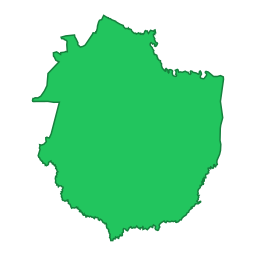 outline of Pathum Rat, Roi Et, Thailand
{"feature_id": "78962969B53925020566398", "entity_name": "Pathum Rat", "entity_type": "district", "adm_level": 2, "iso_a3": "THA", "parent_name": "Thailand", "parent_adm1": "Roi Et", "projection": "equal_earth", "projection_center": [103.363, 15.626], "detail": "fine", "context": "isolated", "style": "filled", "palette": "green", "viewbox_px": 256, "rotation_deg": 0, "n_neighbors": 0, "source": "geoboundaries", "source_scale": "gbopen_adm2", "svg_char_len": 5752}
<svg xmlns="http://www.w3.org/2000/svg" viewBox="0 0 256 256"><path d="M155.6,32.9L155.0,29.9L154.1,30.3L153.7,31.3L150.5,30.3L148.5,33.4L147.6,32.1L147.4,31.0L146.0,31.0L145.7,30.6L144.9,31.1L144.1,33.4L143.1,34.3L142.8,33.7L141.1,34.3L140.9,33.6L140.4,33.9L140.3,33.3L139.0,33.5L138.6,32.9L136.3,34.0L136.1,33.5L135.2,33.1L134.3,33.4L133.8,33.0L131.9,31.3L131.2,29.6L130.3,29.2L129.9,29.4L129.5,28.9L128.8,29.0L128.4,28.1L128.0,28.8L127.2,28.4L125.4,28.6L123.4,26.5L123.3,25.5L120.0,24.2L116.2,22.0L115.7,21.3L111.8,19.8L110.3,18.7L108.7,18.4L108.2,18.1L108.2,17.7L106.9,17.4L103.7,15.4L101.7,19.6L99.5,20.3L98.6,22.1L97.5,26.0L97.3,28.4L96.4,31.4L95.8,31.6L95.8,33.0L93.1,32.8L92.4,34.4L85.2,45.1L83.2,46.3L80.4,47.1L78.0,44.9L77.7,44.4L77.9,42.8L75.8,38.4L74.9,37.1L74.5,35.0L65.8,35.9L61.1,37.2L61.6,38.6L63.9,38.8L64.2,39.5L66.2,40.3L67.1,41.3L66.8,44.7L67.3,51.7L65.8,51.5L64.4,52.2L60.8,52.6L60.6,54.4L56.6,51.9L53.4,52.8L53.5,56.1L54.4,57.2L55.8,60.2L59.0,61.9L48.0,73.5L47.0,85.6L44.4,91.0L40.8,96.2L37.9,97.9L35.1,97.8L33.7,98.6L33.0,98.5L32.5,100.2L32.7,101.3L33.2,101.5L48.0,101.4L53.8,102.3L59.4,102.2L51.2,133.8L49.4,137.8L48.1,137.8L46.9,137.2L45.8,137.7L45.9,140.1L46.3,141.6L43.9,144.2L41.5,145.1L39.7,144.7L40.0,145.9L39.4,148.1L40.1,149.3L38.2,155.6L38.9,157.4L39.5,157.6L40.4,159.9L41.2,160.3L41.6,161.1L42.1,161.1L42.8,162.2L42.8,163.1L44.3,163.4L45.2,164.2L45.3,165.3L45.8,165.1L46.3,165.7L47.8,165.0L48.5,164.1L48.5,162.8L48.8,162.2L50.9,161.0L51.2,162.3L52.2,162.9L52.4,163.6L53.0,163.2L53.4,164.4L54.1,164.7L54.4,165.5L55.1,165.0L55.3,166.0L56.0,166.6L55.7,168.5L56.4,168.7L57.2,171.1L57.9,171.8L56.8,172.5L56.5,173.2L57.1,174.2L56.2,175.7L56.5,176.7L55.6,176.7L55.3,178.7L55.7,180.3L55.5,182.7L56.8,183.9L56.7,185.0L58.0,185.0L58.4,186.7L59.2,185.8L61.2,185.8L62.1,186.9L63.1,187.2L63.0,188.2L62.1,189.7L62.5,190.5L62.4,191.5L61.3,191.8L61.9,192.8L60.8,193.5L61.8,195.9L61.4,196.7L62.3,198.2L62.2,199.3L62.5,200.0L63.0,200.4L63.7,200.3L65.0,201.2L66.1,200.5L66.9,200.9L67.3,200.0L67.9,200.0L68.0,201.2L68.5,202.0L68.4,203.4L70.1,204.3L71.2,207.4L71.7,208.2L72.5,207.7L74.8,208.0L76.5,207.0L77.1,208.1L77.7,207.6L77.9,208.8L79.7,209.8L79.5,211.5L80.1,211.7L80.3,210.8L80.7,210.7L81.0,211.9L82.2,212.5L82.2,213.3L83.2,214.9L84.0,214.0L84.1,215.2L85.5,215.2L86.0,217.0L86.9,216.7L87.2,215.8L88.8,216.4L89.4,216.9L90.3,216.3L91.3,216.6L91.8,217.2L93.0,217.2L94.3,218.5L95.1,216.9L95.9,217.6L97.3,217.5L98.1,218.0L98.4,219.7L99.6,220.3L99.9,219.3L100.5,219.2L101.7,220.1L103.0,222.4L103.9,222.9L104.7,222.9L105.1,223.9L106.2,223.5L106.6,224.7L106.4,225.9L106.8,227.9L108.6,229.5L108.6,231.3L109.1,232.0L109.2,233.0L110.1,234.3L109.8,235.3L110.1,236.1L109.6,237.6L110.4,238.3L110.8,240.6L112.8,240.6L113.3,238.8L113.7,238.5L115.0,239.0L115.6,237.0L116.6,237.7L117.7,237.1L118.2,238.3L118.6,238.4L119.0,236.8L119.9,236.1L120.2,235.0L121.7,235.8L122.2,235.6L122.4,235.1L122.2,233.0L123.4,232.0L123.2,229.3L123.6,228.6L125.7,229.2L126.2,230.3L127.6,230.8L129.4,227.6L130.3,227.3L130.8,226.7L131.2,226.9L131.5,228.0L132.7,228.1L133.9,227.3L134.7,227.9L135.6,227.6L136.7,226.1L137.9,227.5L140.1,229.0L140.3,227.7L141.9,227.9L142.8,226.7L143.1,227.3L143.0,229.4L145.4,228.4L147.3,229.7L150.3,226.6L151.2,226.5L152.3,227.5L152.7,227.5L153.1,225.3L153.5,224.9L155.6,226.4L155.1,228.4L155.7,229.6L157.8,230.4L158.5,229.9L159.1,228.0L159.8,227.0L159.1,225.4L159.4,224.5L161.4,222.5L164.1,221.0L165.0,222.2L166.0,222.6L167.1,221.1L169.3,221.8L170.7,221.7L171.8,221.1L173.3,221.6L175.6,221.0L175.8,222.2L176.4,222.4L178.4,221.7L180.1,219.8L181.3,219.9L181.9,218.3L183.7,216.5L186.1,215.0L187.2,212.8L188.6,212.2L189.1,210.6L190.0,209.5L191.2,208.8L191.2,207.7L192.1,208.0L192.2,206.7L194.0,206.3L195.5,203.8L198.2,203.8L200.6,202.0L200.6,201.4L200.3,201.3L199.0,201.9L199.0,202.4L197.8,202.2L196.8,201.2L198.2,199.5L198.1,198.3L198.7,197.3L198.4,196.2L199.0,195.4L197.8,195.2L197.5,194.6L198.2,193.4L197.8,191.4L198.4,189.4L200.2,187.6L200.2,185.5L201.5,185.6L201.9,184.1L203.3,184.3L203.5,183.6L203.2,182.7L202.0,182.5L201.8,182.0L202.3,181.3L203.1,181.6L204.2,181.1L204.3,179.7L202.9,180.2L202.9,179.1L203.9,178.4L204.1,177.5L205.2,177.9L205.9,177.7L205.5,175.9L205.8,174.3L207.7,173.8L208.1,172.8L208.7,172.7L208.3,171.4L209.0,170.5L208.1,168.9L208.2,168.2L209.5,168.0L210.2,168.8L210.7,168.8L211.2,167.7L210.5,167.7L210.7,166.9L212.9,168.3L213.4,167.9L214.0,166.2L213.6,165.3L213.7,164.9L214.3,164.7L214.6,165.9L215.6,166.7L216.2,165.1L217.3,164.5L216.8,162.4L217.0,160.3L219.6,154.3L220.5,150.4L220.8,144.4L220.0,140.3L220.3,128.4L220.7,125.2L222.7,117.7L220.4,101.4L223.5,79.3L223.3,76.9L220.5,75.6L217.4,76.5L213.6,76.5L208.2,72.0L206.0,71.4L205.4,71.9L205.3,72.7L206.6,73.9L206.5,75.4L204.1,78.5L203.3,78.8L200.7,78.1L200.3,77.5L200.4,76.0L201.5,74.1L201.0,72.2L200.2,71.0L199.5,71.4L199.0,74.0L198.4,74.2L196.2,73.0L193.0,72.3L191.9,71.2L190.7,71.0L190.3,71.7L190.9,73.7L190.2,74.4L189.1,74.0L187.9,72.2L187.0,72.3L185.2,71.2L182.3,72.3L180.3,71.9L178.7,72.2L177.9,69.7L177.3,69.4L175.3,70.3L176.1,71.6L176.1,73.3L175.6,74.2L176.6,75.2L176.2,76.2L175.1,76.4L173.3,75.7L172.7,74.9L172.2,73.0L172.6,71.0L172.0,70.3L170.8,69.7L169.2,69.7L168.8,70.7L169.0,72.3L168.6,72.9L168.1,72.4L167.8,70.1L166.1,68.5L165.4,69.2L165.9,70.6L165.7,71.2L164.7,70.8L162.3,68.1L161.5,65.8L161.5,63.6L160.5,62.5L160.4,60.7L159.1,60.4L158.4,59.2L157.5,58.8L157.5,57.2L156.8,56.5L156.9,55.4L155.4,54.5L154.4,54.5L153.4,51.7L153.8,50.5L152.7,49.1L152.3,47.8L150.5,45.8L150.1,44.7L150.3,43.4L150.8,42.7L151.4,42.6L152.6,44.1L153.7,43.6L154.9,44.5L154.5,45.9L155.3,46.4L156.4,45.8L157.5,43.6L157.2,42.9L156.1,42.7L154.4,39.7L154.8,38.8L153.6,36.7L153.4,34.4L154.0,34.0L154.7,34.3L154.8,33.1L155.6,32.9Z" fill="#22c55e" stroke="#15803d" stroke-width="1.5"/></svg>